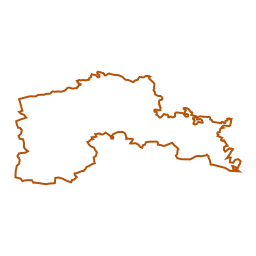 SVG path tracing the border of North Kazakhstan
{"feature_id": "KAZ-3204", "entity_name": "North Kazakhstan", "entity_type": "Region", "adm_level": 1, "iso_a3": "KAZ", "parent_name": "Kazakhstan", "parent_adm1": "", "projection": "equal_earth", "projection_center": [70.634, 53.821], "detail": "fine", "context": "isolated", "style": "outline", "palette": "amber", "viewbox_px": 256, "rotation_deg": 0, "n_neighbors": 0, "source": "natural_earth", "source_scale": "10m", "svg_char_len": 5807}
<svg xmlns="http://www.w3.org/2000/svg" viewBox="0 0 256 256"><path d="M98.4,71.8L103.3,73.1L104.0,73.7L104.4,74.8L105.0,75.5L106.1,75.2L108.5,73.6L109.1,73.5L113.1,74.7L118.5,75.2L122.0,76.7L122.8,77.2L125.0,79.4L125.8,79.8L128.0,80.0L129.0,80.2L132.9,82.1L133.3,82.1L133.8,81.8L134.7,80.7L135.3,80.4L137.7,79.8L138.0,79.6L138.1,78.8L138.5,78.2L139.6,77.0L140.1,76.8L142.3,77.4L142.9,77.4L144.2,77.1L144.7,76.6L145.8,76.1L147.3,75.9L148.9,76.1L150.1,76.6L149.2,77.6L149.0,78.1L149.3,78.7L153.9,83.0L154.4,84.0L154.3,86.0L153.9,87.5L154.3,88.4L153.8,89.3L153.6,89.8L153.6,90.5L153.8,91.0L154.8,91.8L155.0,92.3L154.9,93.2L155.2,94.4L156.4,95.2L157.8,95.8L158.9,96.0L160.1,96.0L160.6,96.1L161.1,96.4L162.1,97.5L162.4,98.2L162.4,99.0L162.1,99.5L161.5,99.8L160.0,100.1L159.2,100.7L159.0,101.6L159.2,104.1L159.1,104.5L159.7,105.1L159.8,105.5L159.7,106.7L159.8,106.9L160.5,107.1L160.6,107.3L160.4,110.1L158.3,110.3L156.2,109.6L155.2,109.6L154.5,109.8L154.3,110.5L154.5,111.7L156.2,111.8L156.6,112.0L156.7,112.5L156.7,113.4L156.5,114.2L156.3,114.7L157.4,115.1L157.8,115.4L159.1,117.2L159.6,117.6L160.2,117.6L161.2,117.1L162.0,116.4L163.4,114.6L164.0,114.1L164.8,114.3L165.7,114.6L166.6,114.7L167.5,114.7L167.7,114.8L168.2,115.6L168.4,117.3L169.0,117.2L170.4,116.7L171.1,116.6L172.3,117.3L173.2,117.3L174.9,116.5L175.1,116.0L174.9,114.5L175.0,113.8L175.3,113.2L175.7,112.7L176.3,112.5L181.8,112.9L182.5,113.1L183.0,113.3L183.5,113.7L185.1,116.0L185.7,116.5L186.6,116.7L187.3,116.7L187.9,116.4L188.3,115.8L188.2,114.9L187.7,114.3L186.1,114.0L185.3,113.7L184.8,113.4L184.8,112.8L184.9,112.0L185.8,110.3L185.5,110.0L184.0,109.1L183.7,108.8L183.6,108.3L184.1,108.0L187.1,108.3L188.0,108.7L189.1,109.6L189.9,110.6L190.4,111.6L190.7,112.0L192.0,112.3L192.3,112.9L192.2,113.3L191.3,114.9L196.4,116.4L196.4,116.7L196.0,117.3L195.6,117.4L194.8,117.3L194.4,118.0L193.2,117.8L192.9,118.3L193.1,119.0L193.7,119.6L194.3,120.0L194.7,120.6L194.4,121.4L193.4,123.3L193.5,123.9L194.0,124.3L194.9,124.5L195.8,124.4L196.4,124.1L197.5,123.1L198.2,122.1L198.6,121.9L199.0,121.9L201.8,122.8L202.6,122.6L202.4,121.4L201.9,120.4L201.3,119.6L200.6,119.2L199.6,119.2L197.2,119.6L197.0,119.3L197.2,118.7L197.7,117.6L198.9,116.6L200.4,116.4L207.7,117.0L209.2,116.9L209.6,117.0L210.0,117.5L210.1,118.1L210.2,119.5L211.6,119.9L211.9,120.4L212.2,121.4L212.7,121.8L221.0,123.2L221.4,123.2L221.5,122.9L221.6,122.1L221.9,122.0L223.0,122.1L224.0,122.9L224.4,123.0L225.1,122.9L225.4,122.6L225.5,122.2L225.4,121.4L225.6,120.7L227.3,120.4L227.7,119.9L227.6,119.5L227.3,118.8L227.6,118.6L229.1,118.4L229.6,118.5L229.7,119.3L230.0,119.4L231.5,119.1L230.4,124.6L230.1,125.5L229.5,125.9L228.7,126.1L224.5,125.5L223.7,125.5L223.0,125.8L222.5,126.3L221.9,127.1L223.3,127.8L220.7,128.5L220.3,128.9L219.7,132.1L218.5,132.2L217.9,132.4L217.5,132.9L217.3,133.5L217.4,134.0L218.4,134.8L217.6,136.0L222.1,137.8L221.0,140.0L222.8,141.0L223.1,140.9L223.9,140.3L227.5,145.8L225.7,146.1L224.1,147.0L223.9,149.7L225.1,151.6L227.0,150.4L228.5,148.9L229.7,148.3L230.5,148.8L231.3,148.6L233.0,149.3L231.2,151.5L230.0,153.8L227.7,157.1L226.8,158.2L229.3,157.3L230.8,157.7L230.2,159.2L229.8,162.2L233.2,162.8L235.2,159.8L238.4,159.2L240.6,161.2L239.9,163.9L239.0,165.0L238.4,166.7L237.3,168.9L236.4,167.6L233.3,166.2L232.4,166.0L233.2,169.0L237.0,169.9L239.1,171.4L230.3,170.9L225.1,167.9L213.4,164.8L210.6,164.5L209.9,160.2L208.7,158.1L208.5,156.3L207.0,154.7L206.1,155.5L204.5,155.6L201.1,156.3L198.1,155.9L195.8,156.4L190.1,159.4L181.2,159.2L177.4,158.2L175.8,155.7L177.3,153.9L177.5,150.4L178.4,149.2L177.1,147.6L174.3,145.3L172.2,142.8L165.5,145.5L164.0,145.9L162.4,145.8L161.4,145.2L157.9,144.6L157.9,142.6L157.7,142.2L156.9,141.6L149.8,141.7L146.0,142.2L144.9,144.7L142.8,145.3L142.2,147.7L140.2,146.9L138.5,144.7L135.7,143.2L132.0,143.5L130.3,143.4L131.3,141.9L132.4,140.6L132.8,139.3L131.7,138.8L128.8,138.8L127.3,138.5L126.3,139.0L126.2,136.7L125.2,133.8L124.3,132.8L122.7,132.0L117.8,132.1L113.2,134.2L112.3,135.4L112.0,136.2L113.3,137.2L113.1,138.5L111.4,138.6L110.5,135.9L109.5,135.5L108.4,134.4L105.6,132.7L104.3,133.6L102.6,134.5L100.3,134.3L100.2,133.7L99.2,133.5L97.4,133.8L96.6,134.2L95.3,134.2L95.9,136.0L96.3,136.6L94.8,137.0L91.7,137.3L92.1,138.7L92.8,139.1L91.0,139.6L89.4,141.1L87.4,142.0L89.2,144.9L91.2,146.6L94.0,147.6L95.3,150.2L96.8,152.2L95.9,156.0L93.7,157.4L94.5,162.9L94.7,163.2L91.3,164.5L89.3,165.9L86.8,166.8L85.7,168.3L85.4,169.2L84.4,169.9L83.5,171.1L82.2,171.0L76.4,173.2L74.7,173.4L74.7,175.0L76.8,177.1L73.9,179.7L71.7,180.2L71.7,181.2L71.1,182.2L68.4,181.5L61.9,178.4L58.4,177.5L55.3,178.0L54.8,183.2L49.0,183.6L46.2,184.2L36.7,182.8L33.3,182.7L31.9,180.2L25.3,180.3L22.5,181.1L20.5,178.5L15.4,177.3L15.7,171.3L16.8,165.7L19.1,163.9L19.5,161.3L19.6,159.6L18.8,157.9L17.9,157.1L17.5,155.8L19.2,153.3L25.4,152.7L28.0,151.2L25.5,149.3L23.9,147.1L24.0,143.4L23.1,139.3L19.6,138.7L18.6,135.8L21.2,133.6L21.8,130.0L20.0,127.9L18.1,127.7L16.8,124.3L16.2,121.3L19.3,119.9L26.2,117.6L24.0,114.7L20.8,113.6L19.1,111.9L22.4,110.8L19.1,99.1L28.9,96.5L30.6,96.3L34.2,96.4L35.9,96.3L36.5,96.0L37.6,95.2L38.2,94.9L43.6,94.7L44.5,94.6L46.1,93.9L47.0,93.8L49.1,93.8L50.2,93.6L50.9,93.0L51.5,92.2L52.2,91.7L53.0,91.4L54.8,91.8L56.6,91.5L61.6,91.6L63.7,91.2L65.4,90.1L67.0,88.3L67.9,87.9L68.8,87.6L69.7,87.7L72.3,88.6L76.7,88.1L77.2,87.8L77.4,86.9L78.0,86.7L78.3,86.4L78.6,85.3L79.2,85.1L79.9,85.0L80.6,84.8L80.7,84.1L78.5,83.2L77.5,82.3L77.9,81.4L77.1,80.8L78.9,80.1L79.5,80.0L80.7,80.4L81.2,80.4L82.6,80.0L83.3,80.0L85.4,80.4L87.3,79.9L88.9,79.9L89.2,79.6L89.3,79.3L89.2,78.3L89.7,77.9L90.9,77.3L91.2,76.8L91.1,75.5L91.7,74.3L92.3,74.6L95.0,74.9L95.7,75.1L96.2,75.5L97.7,77.2L98.4,77.4L99.1,77.1L99.4,76.7L99.4,76.1L99.3,74.8L98.0,74.3L97.6,74.0L97.2,72.6L97.2,72.3L97.5,72.1L97.9,71.8L98.4,71.8Z" fill="none" stroke="#b45309" stroke-width="2"/></svg>